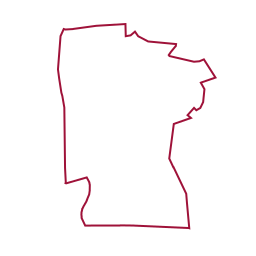 Mutare Urban, Manicaland, Zimbabwe, rotated 278°
{"feature_id": "62879985B34329227357286", "entity_name": "Mutare Urban", "entity_type": "district", "adm_level": 2, "iso_a3": "ZWE", "parent_name": "Zimbabwe", "parent_adm1": "Manicaland", "projection": "natural_earth1", "projection_center": [32.581, -18.995], "detail": "fine", "context": "isolated", "style": "outline", "palette": "rose", "viewbox_px": 256, "rotation_deg": 278, "n_neighbors": 0, "source": "geoboundaries", "source_scale": "gbopen_adm2", "svg_char_len": 1678}
<svg xmlns="http://www.w3.org/2000/svg" viewBox="0 0 256 256"><g transform="rotate(278 128 128)"><path d="M224.4,121.5L220.1,117.7L218.6,113.0L230.6,111.0L224.8,82.4L218.5,60.1L218.3,59.7L216.8,52.2L217.1,50.6L209.9,48.5L209.7,48.4L176.3,50.5L167.6,52.9L153.7,57.1L150.6,58.5L139.4,62.1L132.2,63.2L79.8,71.2L65.8,73.9L65.5,73.9L64.7,73.8L64.6,74.4L64.6,74.5L73.3,94.0L69.1,97.1L68.9,97.1L68.7,97.3L68.3,97.4L68.0,97.5L67.6,97.6L67.2,97.7L67.0,97.9L66.8,97.9L66.5,98.0L66.3,98.1L61.4,98.7L61.1,98.8L60.7,98.8L60.1,98.8L59.3,98.8L59.0,98.8L58.6,98.8L58.2,98.8L57.9,98.8L57.4,98.8L57.0,98.8L56.7,98.8L56.4,98.7L52.3,97.6L52.0,97.6L51.9,97.6L51.7,97.5L51.3,97.4L51.0,97.4L50.7,97.2L50.3,97.2L49.8,97.1L49.5,97.0L49.2,96.9L48.9,96.8L48.0,96.4L47.6,96.3L47.1,96.0L46.7,95.9L46.2,95.7L45.7,95.5L45.2,95.3L44.8,95.1L44.5,95.0L44.1,94.8L43.7,94.7L43.2,94.6L42.8,94.4L42.3,94.3L42.0,94.2L41.8,94.1L41.5,93.9L41.0,94.0L40.8,94.0L40.5,93.9L39.6,93.9L39.3,93.8L38.8,93.8L38.4,93.7L38.2,93.7L37.8,93.7L37.7,93.7L37.3,93.8L36.9,93.8L36.7,93.8L36.4,93.9L35.9,93.9L35.5,93.9L35.1,94.1L34.8,94.2L34.5,94.2L34.2,94.3L33.9,94.4L33.7,94.4L33.5,94.5L33.3,94.5L33.1,94.5L32.9,94.5L32.7,94.6L32.4,94.6L25.4,99.2L25.5,99.8L30.3,133.4L30.3,133.6L30.5,133.9L32.2,147.2L32.2,147.6L37.4,202.0L37.3,202.6L62.1,196.8L71.0,194.8L95.6,178.5L95.5,178.3L103.5,173.1L115.0,173.0L138.4,172.8L146.7,188.9L149.0,185.2L157.1,190.6L155.1,193.2L157.9,196.8L164.1,198.8L177.1,198.3L183.0,193.8L183.2,194.1L190.1,207.6L206.5,193.6L204.0,189.4L202.8,184.1L205.0,159.1L205.9,158.2L209.5,160.0L214.9,163.3L215.7,163.9L217.8,163.9L216.5,135.9L220.3,125.3L224.4,121.5Z" fill="none" stroke="#9f1239" stroke-width="2"/></g></svg>